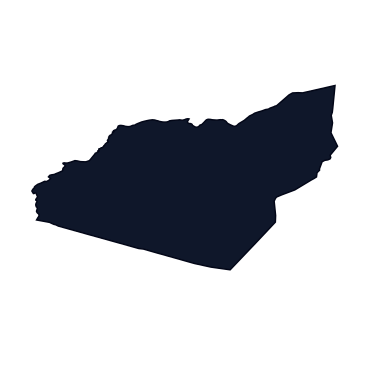 San Francisco Logueche, Oaxaca, Mexico, rotated 261°
{"feature_id": "50627088B77948267896933", "entity_name": "San Francisco Logueche", "entity_type": "district", "adm_level": 2, "iso_a3": "MEX", "parent_name": "Mexico", "parent_adm1": "Oaxaca", "projection": "equal_earth", "projection_center": [-96.367, 16.374], "detail": "fine", "context": "isolated", "style": "filled", "palette": "ink", "viewbox_px": 384, "rotation_deg": 261, "n_neighbors": 0, "source": "geoboundaries", "source_scale": "gbopen_adm2", "svg_char_len": 4222}
<svg xmlns="http://www.w3.org/2000/svg" viewBox="0 0 384 384"><g transform="rotate(261 192 192)"><path d="M121.0,183.3L114.9,198.9L109.2,217.5L131.8,247.1L149.2,269.6L154.2,270.6L155.7,270.9L170.1,271.7L172.6,273.4L173.8,274.7L175.2,280.3L178.0,293.9L185.3,311.9L186.2,314.5L187.4,317.3L191.5,318.5L193.6,321.4L194.9,321.5L201.5,325.2L202.5,328.1L202.5,331.2L203.1,333.5L204.3,334.4L206.7,334.2L214.4,342.9L228.8,338.5L238.3,341.6L245.9,341.5L248.7,343.0L253.0,344.2L274.8,349.9L272.6,316.7L273.5,312.3L274.1,306.8L272.7,303.0L264.0,289.1L263.7,286.9L263.5,286.7L262.9,283.6L262.6,282.1L261.9,280.5L261.9,277.5L261.2,274.1L260.9,272.0L260.7,270.2L260.6,269.6L260.0,266.1L259.1,264.2L258.0,260.5L257.4,259.7L256.6,258.2L254.6,254.9L253.3,251.7L253.2,251.4L252.3,249.2L251.7,248.2L251.1,247.4L250.4,246.2L250.2,244.7L250.3,243.7L251.4,241.9L252.5,240.2L253.2,239.3L253.7,238.5L254.9,237.4L255.2,237.3L256.3,236.7L257.2,235.8L257.9,234.9L258.5,233.9L258.7,233.3L258.7,232.4L259.0,231.2L259.0,230.7L259.1,227.9L259.5,226.1L260.1,223.5L260.6,222.1L260.9,221.2L261.3,219.3L261.3,219.0L261.0,217.5L260.0,216.1L258.8,214.6L257.1,212.2L256.8,210.3L255.4,208.6L255.4,208.1L255.2,207.0L255.4,206.2L255.8,205.2L256.8,204.0L257.6,203.1L258.1,202.7L258.7,202.7L259.2,202.2L259.7,201.5L260.0,200.6L260.1,199.7L260.5,199.1L261.2,198.7L261.8,198.5L262.3,198.6L263.2,199.2L263.8,199.8L264.6,200.5L265.0,199.5L265.0,197.6L264.7,196.5L264.5,195.3L264.4,193.7L264.9,192.0L265.2,191.2L265.3,189.2L265.8,183.5L265.8,180.9L265.4,180.0L265.2,179.1L265.1,177.7L265.4,175.5L265.7,174.1L266.2,172.6L266.9,170.7L267.5,169.7L268.2,167.9L268.9,166.5L269.5,164.2L269.6,161.1L269.5,158.6L269.3,155.9L269.0,153.0L268.6,151.4L268.2,149.5L267.6,147.2L267.2,146.7L267.0,145.4L267.1,144.0L266.5,141.6L266.4,140.2L266.6,138.9L267.0,137.4L267.3,136.4L267.7,135.6L268.2,134.5L268.9,132.2L269.0,131.1L268.9,130.2L268.5,129.3L267.6,128.9L266.3,128.0L266.0,127.7L265.5,126.8L265.2,126.1L265.2,125.5L265.2,125.1L264.9,124.5L264.8,124.1L264.5,123.9L264.2,124.0L264.1,124.3L263.9,124.5L263.8,124.4L263.7,123.8L263.7,123.2L263.6,122.9L263.4,122.9L263.0,123.1L262.9,122.7L262.3,122.4L261.7,122.0L261.3,121.8L261.1,121.1L260.9,120.3L260.7,119.8L260.3,119.7L260.3,119.4L260.1,119.0L259.9,118.9L259.6,118.8L259.2,118.3L258.9,118.5L258.4,118.4L258.1,118.2L257.7,117.9L257.3,117.5L257.0,117.3L256.7,117.3L256.6,117.1L256.4,116.7L256.1,116.6L255.9,116.9L255.6,117.1L255.4,117.1L255.2,116.9L254.9,117.1L254.7,117.3L254.5,117.2L254.4,117.1L254.4,116.7L254.3,116.2L254.1,115.8L254.0,115.6L253.7,115.2L253.5,114.8L253.2,114.2L252.7,113.6L252.1,113.2L251.9,113.0L251.7,112.8L251.6,112.3L251.4,112.2L251.0,112.0L250.7,111.6L250.5,111.3L250.2,110.8L249.8,110.4L249.8,110.0L249.9,109.4L249.7,108.9L249.4,108.4L249.2,107.9L249.2,107.4L249.2,106.9L248.7,106.7L248.3,106.5L248.0,106.5L247.8,106.7L247.7,106.6L247.6,106.2L247.5,105.7L247.4,105.5L247.1,105.5L246.8,106.0L246.6,106.2L246.4,106.0L246.4,105.6L246.4,105.1L246.2,104.7L245.8,104.3L245.6,103.9L245.5,102.9L245.3,102.4L245.0,102.3L244.4,101.7L243.6,100.8L242.2,99.2L240.2,97.0L239.0,95.5L238.4,91.9L238.8,89.7L239.5,86.4L240.6,83.7L241.3,81.3L240.6,77.7L240.3,75.4L240.1,73.3L240.4,71.6L240.8,70.3L240.7,69.2L240.2,69.0L238.6,70.5L237.4,70.9L236.5,69.5L235.6,68.3L233.2,67.5L232.6,65.5L231.9,62.9L231.4,60.5L230.9,58.8L230.9,55.6L230.7,54.1L229.4,52.6L228.1,53.8L227.3,54.4L225.9,52.3L225.1,50.0L225.6,48.1L224.4,44.1L223.7,40.8L222.2,37.9L221.4,37.0L220.8,37.1L220.5,36.7L220.0,35.7L219.1,34.9L218.6,34.4L218.1,34.1L217.5,34.1L216.9,34.5L216.0,34.8L215.3,35.1L215.2,35.5L215.3,36.1L215.6,36.6L215.6,37.1L215.5,37.5L215.0,37.8L214.2,38.0L213.0,38.3L212.0,38.6L211.6,38.7L211.3,38.5L210.8,38.3L210.3,37.7L209.7,37.1L208.9,36.5L208.3,36.5L207.7,37.2L207.2,37.5L206.7,37.5L206.2,37.0L205.4,36.4L204.5,35.9L203.7,35.7L203.0,35.7L201.7,35.9L201.0,36.6L200.2,36.7L199.1,36.3L198.1,35.7L197.0,35.4L195.7,35.9L194.6,36.8L193.8,37.3L192.8,37.3L191.7,36.7L190.8,35.8L188.7,34.1L184.3,46.6L183.3,48.0L181.6,50.6L181.0,52.2L179.3,54.6L165.6,84.5L153.6,110.8L144.5,130.6L143.3,135.0L141.8,138.3L141.3,139.3L137.0,148.5L134.4,154.3L132.5,158.3L127.8,168.6L125.0,174.6L121.0,183.3Z" fill="#0f172a" stroke="#020617" stroke-width="1.5"/></g></svg>